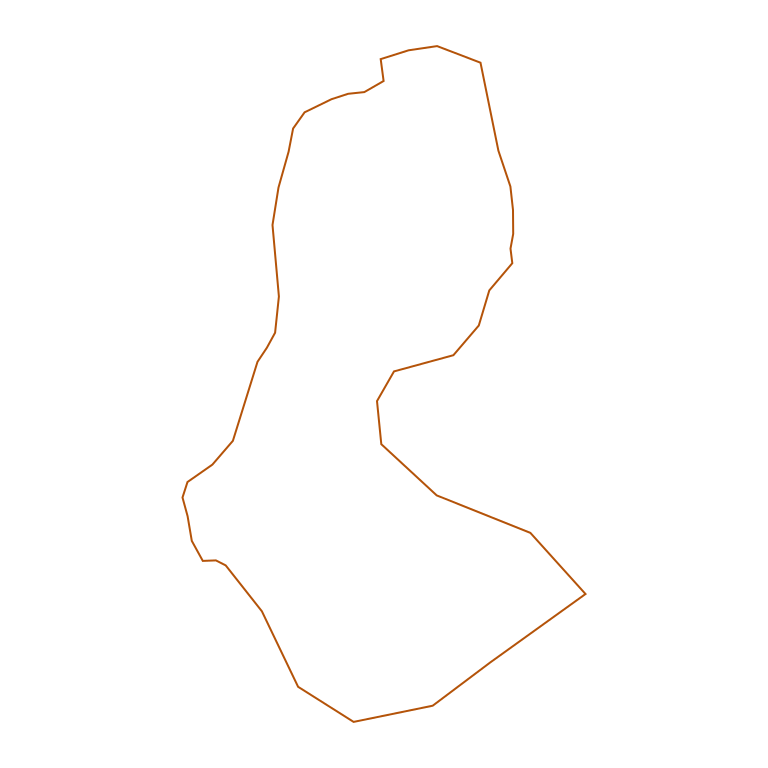 SVG path tracing the border of Batman
{"feature_id": "TUR-3042", "entity_name": "Batman", "entity_type": "Province", "adm_level": 1, "iso_a3": "TUR", "parent_name": "Turkey", "parent_adm1": "", "projection": "albers", "projection_center": [41.379, 38.036], "detail": "fine", "context": "isolated", "style": "outline", "palette": "amber", "viewbox_px": 768, "rotation_deg": 0, "n_neighbors": 0, "source": "natural_earth", "source_scale": "10m", "svg_char_len": 682}
<svg xmlns="http://www.w3.org/2000/svg" viewBox="0 0 768 768"><path d="M380.7,59.1L408.6,50.3L437.1,46.1L480.5,62.7L498.4,150.7L510.4,186.5L513.0,210.0L513.2,233.9L510.5,248.6L512.3,263.2L489.3,290.4L478.8,325.5L453.4,355.2L394.0,371.4L377.0,401.1L381.3,444.2L436.7,495.4L530.4,532.9L585.5,594.0L490.3,662.4L432.7,705.7L353.6,721.9L298.1,686.8L261.9,611.3L225.7,565.4L215.9,560.4L202.8,560.9L191.8,540.9L187.6,516.2L182.5,497.5L187.5,482.0L212.4,464.6L232.9,440.8L257.5,361.8L266.9,347.7L275.1,332.7L278.9,296.5L272.5,225.0L278.5,187.5L288.6,151.7L293.1,128.5L304.6,112.3L331.5,99.2L348.1,93.8L364.3,92.1L383.6,81.0L380.7,59.1Z" fill="none" stroke="#b45309" stroke-width="2"/></svg>